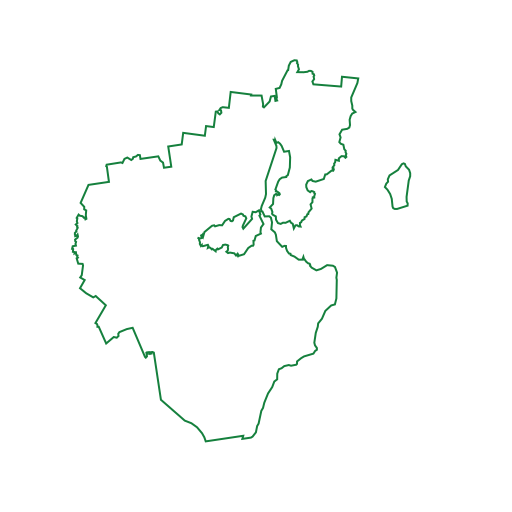 the district of Porirua City, Wellington, New Zealand, rotated 157°
{"feature_id": "76426892B55441287291699", "entity_name": "Porirua City", "entity_type": "district", "adm_level": 2, "iso_a3": "NZL", "parent_name": "New Zealand", "parent_adm1": "Wellington", "projection": "mercator", "projection_center": [174.863, -41.084], "detail": "fine", "context": "isolated", "style": "outline", "palette": "green", "viewbox_px": 512, "rotation_deg": 157, "n_neighbors": 0, "source": "geoboundaries", "source_scale": "gbopen_adm2", "svg_char_len": 6146}
<svg xmlns="http://www.w3.org/2000/svg" viewBox="0 0 512 512"><g transform="rotate(157 256 256)"><path d="M331.6,90.8L329.7,91.1L325.0,93.7L321.4,99.0L319.1,100.7L311.6,111.4L308.9,113.4L305.7,117.7L298.6,124.8L292.3,129.0L288.2,133.3L284.7,134.2L282.4,139.4L279.2,142.8L276.3,142.7L273.0,143.6L268.4,142.8L266.6,141.3L261.4,140.2L260.4,140.7L259.4,142.9L254.4,144.3L251.0,144.8L241.3,143.7L238.7,145.5L236.6,145.9L235.9,147.5L236.6,150.7L236.2,153.4L231.0,161.9L226.8,166.7L225.1,169.7L219.8,172.5L213.6,178.4L206.1,181.1L202.3,180.6L198.6,185.5L191.0,202.4L190.5,204.6L187.9,209.0L187.6,215.0L189.0,217.0L194.1,219.8L201.3,218.7L206.0,219.2L209.3,223.5L210.1,225.9L209.6,226.3L209.6,227.9L210.8,228.8L212.0,231.1L212.6,233.8L213.1,233.9L212.7,236.7L214.8,234.5L218.1,235.9L220.8,240.4L223.7,243.3L223.4,244.6L224.7,245.4L225.4,248.6L225.2,251.7L224.5,253.5L225.8,254.2L228.3,254.2L231.0,261.5L229.4,267.8L229.4,270.4L231.5,274.6L228.1,280.7L227.3,285.5L228.3,287.4L232.5,289.0L232.7,294.5L233.6,295.0L233.0,297.4L231.2,299.8L224.7,306.1L222.6,309.1L217.8,321.3L194.9,347.4L194.2,349.4L194.2,356.1L193.5,355.8L193.5,354.3L193.0,355.2L193.0,352.1L191.1,352.1L190.0,350.0L189.4,347.4L189.4,341.0L184.6,339.8L186.0,333.5L190.3,324.2L195.1,318.0L196.9,317.6L197.3,316.9L201.4,318.0L204.2,317.4L206.5,315.8L212.2,309.6L211.8,308.4L212.4,307.7L210.9,306.4L209.9,304.6L210.0,303.5L210.9,303.1L211.8,304.0L212.7,303.8L212.5,304.6L213.3,305.3L215.5,304.8L217.4,302.5L220.0,297.2L224.4,295.3L223.5,293.6L223.7,290.1L224.7,288.6L224.5,287.5L222.3,284.7L223.4,281.6L222.9,277.7L220.7,275.9L218.1,276.1L215.8,275.0L211.1,275.2L210.8,273.0L209.6,271.3L210.4,266.6L207.7,268.8L206.2,268.3L205.2,266.6L203.5,265.7L203.5,267.3L202.6,269.3L201.2,269.4L199.9,270.7L196.9,271.1L196.1,272.7L194.1,272.7L192.4,274.4L191.5,274.2L190.6,275.7L186.3,277.9L185.6,282.2L183.0,283.5L181.5,287.0L180.5,287.5L181.6,288.0L179.7,287.6L179.8,286.2L179.1,288.2L177.4,290.2L177.8,291.1L177.4,292.1L178.5,293.4L179.7,294.2L181.2,293.6L182.8,296.2L182.8,299.7L181.9,302.1L179.0,304.7L175.1,304.8L174.7,303.0L172.0,301.1L163.5,300.4L160.4,304.0L159.0,303.5L153.0,305.1L151.6,304.3L150.7,305.1L151.0,305.8L150.5,306.3L151.2,306.7L150.9,307.6L148.4,309.0L148.0,310.5L146.6,311.3L145.3,313.5L142.5,311.3L141.6,313.5L138.3,314.5L136.0,313.4L135.3,311.5L134.1,311.9L133.9,313.8L132.9,314.7L133.0,316.6L132.3,317.8L133.0,319.8L132.1,324.3L134.1,326.2L134.8,328.3L131.8,332.1L131.6,335.4L127.4,338.6L122.3,337.4L119.9,337.8L118.3,339.8L116.6,344.8L114.2,347.8L111.8,349.5L108.2,349.7L109.7,352.9L109.7,354.2L108.6,356.8L107.8,361.4L106.4,364.7L95.1,375.6L92.5,379.5L106.8,387.4L111.4,378.7L136.1,391.6L135.9,394.6L133.4,396.1L132.8,398.8L131.9,399.3L131.7,400.7L132.7,401.7L132.0,403.5L133.1,404.9L134.8,405.7L136.7,405.5L140.5,406.6L146.1,409.1L143.5,411.1L143.2,414.5L142.5,415.7L142.9,417.6L142.2,418.2L142.1,420.1L144.2,421.2L148.2,421.1L151.4,418.4L153.8,414.5L154.4,414.6L163.5,407.1L165.7,404.1L168.6,401.5L172.5,402.1L174.8,393.8L175.9,392.5L175.8,390.9L177.5,391.2L176.3,396.1L179.9,397.0L183.1,392.9L190.6,389.7L191.3,390.8L190.1,393.0L188.2,401.5L197.9,405.7L197.3,406.5L215.2,416.9L223.1,403.0L228.5,406.0L230.7,406.0L232.7,404.7L231.3,403.7L231.9,401.4L234.0,400.5L235.0,402.1L234.9,404.1L236.6,404.6L244.5,391.2L251.2,395.1L256.1,386.7L274.9,397.8L280.8,387.7L294.0,391.1L299.1,371.3L306.2,373.2L305.1,378.3L306.8,381.2L307.0,385.9L324.4,390.5L323.5,394.2L325.2,395.2L327.5,394.5L330.4,394.9L331.4,393.6L333.3,393.1L336.0,396.9L339.1,396.8L342.6,393.8L343.7,394.9L357.8,398.4L358.8,397.2L358.4,396.4L362.4,381.7L382.4,386.9L396.7,373.4L394.9,368.4L395.9,366.1L394.5,364.3L396.7,360.1L397.6,356.5L398.7,356.4L398.5,358.4L399.5,358.5L400.1,360.4L402.5,362.0L403.1,363.4L406.2,361.1L405.8,360.4L407.4,357.9L407.5,356.1L409.6,355.4L408.7,353.3L409.4,352.7L409.1,351.6L411.6,349.6L411.7,348.8L413.7,348.0L414.4,346.3L414.1,345.9L414.6,344.9L413.1,344.6L411.9,345.4L412.2,343.6L413.1,342.6L416.1,341.8L416.6,340.3L416.1,339.3L417.4,337.7L417.7,335.9L420.9,336.6L422.3,334.7L421.7,334.6L421.6,333.8L422.9,331.4L421.3,330.4L422.0,329.3L420.4,329.5L421.0,327.2L420.1,326.2L420.9,325.2L420.6,324.1L422.0,323.9L422.6,318.4L418.7,316.5L418.9,314.9L423.9,306.4L426.2,304.9L423.1,300.8L430.6,295.1L426.9,288.1L422.0,281.5L419.2,281.8L413.5,269.3L430.0,257.0L429.0,255.6L429.0,254.2L429.6,252.8L428.4,252.3L428.1,234.0L418.6,237.0L416.1,235.2L413.8,236.1L413.2,238.2L411.5,239.3L403.5,239.2L397.6,238.1L397.6,206.5L397.2,205.5L395.6,206.2L394.8,209.3L394.0,208.6L393.8,209.8L392.0,209.3L391.9,207.3L390.5,207.1L391.0,208.7L388.8,208.1L387.8,207.0L399.7,160.8L385.9,132.3L380.8,127.3L377.2,121.4L374.9,113.9L374.4,109.3L374.7,105.0L338.0,95.5L340.0,93.0L331.6,90.8ZM260.0,266.4L266.3,262.3L272.2,262.9L272.5,263.3L271.7,263.2L271.9,264.6L272.7,263.5L272.9,264.9L274.2,264.3L274.9,266.9L278.6,269.3L280.6,269.6L281.6,271.5L279.9,272.0L278.9,273.5L278.5,275.2L277.5,276.4L277.8,277.0L279.8,278.5L282.1,279.0L284.2,277.2L289.2,276.9L288.3,277.4L288.6,277.9L290.6,277.2L291.3,276.1L293.2,279.6L294.1,279.4L294.8,281.4L295.5,281.9L295.6,281.4L295.8,282.5L297.1,282.3L295.8,284.2L295.9,285.1L301.2,285.8L301.8,286.6L301.6,287.3L302.8,286.7L303.0,289.1L302.2,290.5L302.1,293.2L301.4,294.0L302.6,295.7L300.7,294.0L298.6,293.7L298.5,297.2L297.7,295.0L297.2,295.7L297.2,294.4L294.1,298.2L284.7,301.0L282.5,300.6L282.1,299.3L277.8,298.8L275.2,297.5L270.8,300.4L266.9,301.0L265.9,300.4L265.7,298.2L264.6,297.4L263.3,297.7L261.3,300.4L253.2,300.9L251.8,299.3L251.8,297.9L250.3,296.7L250.2,294.5L256.1,289.2L257.1,287.9L257.0,286.1L245.1,291.7L244.8,294.1L241.8,298.0L239.2,296.4L235.4,296.9L235.8,292.4L237.1,291.8L236.6,282.5L240.3,280.3L242.6,276.2L242.7,274.7L248.4,274.5L251.3,270.9L252.4,271.0L253.8,267.3L254.8,266.6L256.0,267.2L260.0,266.4ZM107.8,244.2L96.8,243.1L95.8,245.2L96.0,247.3L94.3,251.6L85.9,265.8L82.9,269.2L81.7,272.0L81.4,275.6L83.1,280.0L83.0,282.6L84.0,283.6L85.9,283.5L91.7,279.7L101.6,278.0L104.7,275.1L105.4,272.8L107.8,271.7L110.4,269.1L109.1,265.7L108.3,260.6L108.7,255.6L111.0,248.1L111.0,246.4L109.9,245.1L107.8,244.2Z" fill="none" stroke="#15803d" stroke-width="2"/></g></svg>